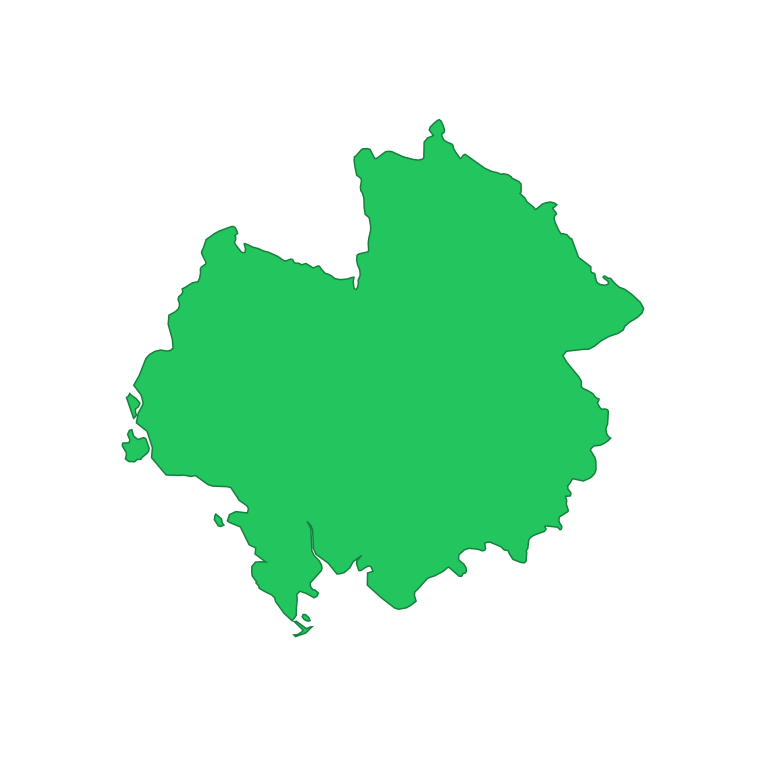 SVG path tracing the border of Germany, rotated 221°
{"feature_id": "DEU", "entity_name": "Germany", "entity_type": "country or territory", "adm_level": 0, "iso_a3": "DEU", "parent_name": "Europe", "parent_adm1": "", "projection": "natural_earth1", "projection_center": [10.44, 51.169], "detail": "fine", "context": "isolated", "style": "filled", "palette": "green", "viewbox_px": 768, "rotation_deg": 221, "n_neighbors": 0, "source": "natural_earth", "source_scale": "50m", "svg_char_len": 6176}
<svg xmlns="http://www.w3.org/2000/svg" viewBox="0 0 768 768"><g transform="rotate(221 384 384)"><path d="M337.5,616.7L320.2,607.2L304.8,608.2L302.2,605.1L300.3,604.2L298.3,605.4L297.0,605.3L291.4,601.0L289.1,600.4L285.9,601.0L282.1,603.3L280.4,606.1L280.9,607.7L282.8,608.5L288.0,608.0L288.7,608.4L288.9,609.4L288.3,610.3L284.1,611.0L282.9,612.1L281.7,612.3L276.5,611.4L269.9,611.4L264.5,613.4L256.0,614.2L244.3,613.8L237.6,611.4L235.8,607.0L236.4,600.5L239.2,592.0L240.1,585.7L238.9,581.7L240.6,575.7L245.3,567.7L248.4,559.3L250.0,550.4L252.3,544.6L256.6,540.6L267.8,528.4L267.6,522.8L260.8,520.4L241.1,517.1L236.8,515.5L233.1,511.3L230.7,511.2L226.1,512.7L220.3,513.7L216.2,512.8L213.6,513.0L212.1,513.8L211.3,513.1L210.4,509.5L204.8,507.7L202.7,508.0L201.2,509.9L198.9,511.1L196.9,510.7L188.9,500.4L188.5,498.7L187.0,495.6L183.2,492.5L179.4,491.5L177.4,491.9L177.7,488.0L179.3,482.4L180.8,479.5L182.8,477.1L184.8,475.4L185.3,472.4L185.1,469.6L176.9,467.0L173.5,464.8L167.7,458.3L166.3,454.4L166.4,450.5L167.1,447.6L169.9,441.6L179.5,436.3L178.6,430.9L178.5,427.6L176.2,425.4L171.6,424.5L170.4,423.0L170.0,421.6L173.4,418.3L169.4,415.7L167.7,413.0L162.1,409.6L161.5,408.4L164.4,398.5L162.4,395.6L159.8,394.2L156.8,393.4L155.5,392.1L155.0,390.5L155.6,389.5L159.1,389.8L168.8,383.0L169.2,381.9L166.5,380.9L166.2,378.1L170.9,369.7L172.3,366.2L172.7,363.6L172.4,361.2L167.5,354.1L167.4,351.7L165.6,350.3L160.6,343.7L160.7,341.1L163.6,339.1L171.6,336.2L178.1,338.1L181.0,339.7L184.4,337.6L189.0,337.9L200.3,334.2L202.0,332.5L203.3,330.6L203.4,329.8L199.1,326.2L199.0,324.9L199.6,323.4L200.9,322.3L203.4,321.5L206.2,319.9L212.3,315.5L214.5,311.6L215.4,304.4L213.8,301.9L212.1,300.3L205.4,300.4L201.3,299.0L199.0,296.8L198.5,294.8L199.6,293.6L199.9,292.1L199.3,290.5L199.6,289.3L201.4,288.2L214.6,288.3L215.6,287.1L216.5,281.2L220.0,272.2L223.1,267.2L223.7,265.0L223.8,253.2L224.3,247.1L222.2,244.3L217.3,241.2L218.5,234.8L220.2,229.8L225.2,223.6L229.1,221.9L246.0,220.9L264.7,221.3L272.4,230.6L269.4,235.4L274.0,237.6L276.2,236.8L277.9,232.7L279.0,228.1L280.6,226.7L286.4,230.1L288.4,232.5L288.4,240.1L290.7,229.8L289.2,222.6L290.3,215.6L292.7,212.0L294.8,209.7L308.5,212.2L323.6,210.9L329.3,213.6L342.2,227.0L346.5,229.2L352.0,229.9L344.5,227.0L328.9,210.7L324.2,208.7L317.0,208.1L312.5,206.5L309.7,204.0L308.9,201.8L309.1,185.4L306.5,182.9L303.0,182.1L300.8,183.2L296.3,183.2L295.4,179.5L296.6,176.8L305.5,174.9L311.5,172.4L311.8,167.9L308.1,164.4L303.6,158.0L298.5,152.0L297.9,145.0L309.3,145.4L323.1,148.7L326.4,151.0L330.7,151.1L338.3,149.0L344.1,148.0L346.3,149.4L350.1,149.9L350.4,151.1L357.6,152.7L360.5,155.4L363.9,159.4L364.2,165.2L359.9,169.4L356.3,172.1L369.8,171.1L373.2,176.1L380.4,174.2L398.6,181.9L409.6,178.2L412.4,177.9L414.9,184.1L412.2,190.4L402.5,197.1L404.7,201.2L407.8,202.1L416.9,201.2L431.4,205.3L434.5,204.0L446.1,194.7L450.8,192.6L466.3,191.2L469.0,187.6L475.3,183.9L479.3,180.0L488.8,172.4L511.1,175.9L517.0,184.0L531.9,192.9L545.4,192.2L550.3,200.6L552.7,211.1L556.9,214.3L560.6,216.5L572.1,218.9L574.3,229.8L580.4,247.1L580.3,252.4L578.3,258.3L574.7,263.3L569.8,266.1L567.2,269.3L566.7,272.7L573.0,278.8L586.1,287.5L591.5,294.9L589.1,301.1L588.5,305.7L589.5,308.6L591.6,310.9L594.8,312.6L596.2,315.3L595.6,319.0L596.2,321.5L598.7,323.3L597.4,326.6L595.0,334.6L591.5,339.2L592.7,343.2L595.6,347.8L597.9,350.1L598.6,352.3L597.3,357.6L598.0,358.9L607.2,362.8L608.7,364.6L609.6,368.3L613.0,376.3L610.6,386.3L608.4,391.9L602.6,402.5L601.0,404.1L598.9,404.3L595.6,403.1L593.3,401.7L593.8,397.9L592.3,397.6L590.5,395.3L589.8,392.8L587.8,391.8L578.4,390.0L576.6,390.5L575.3,392.3L577.5,395.5L581.4,397.9L581.0,398.9L572.7,401.3L567.5,403.8L562.6,405.2L557.6,407.7L547.8,410.6L540.6,411.4L539.0,412.1L536.4,417.0L534.6,418.0L531.5,416.7L529.8,417.3L528.1,418.9L526.3,419.6L524.7,419.6L521.9,423.8L513.6,425.1L511.2,429.9L510.0,430.5L506.2,429.5L501.1,428.9L498.1,430.3L494.6,431.1L490.2,431.3L485.4,434.1L480.7,439.0L478.1,443.4L476.7,444.9L474.3,440.9L469.5,436.6L467.7,436.6L467.2,437.2L467.2,439.3L469.2,442.9L471.6,445.3L473.2,450.3L476.7,453.9L482.2,456.7L485.9,459.5L488.7,463.3L488.7,464.5L488.0,466.1L482.7,473.4L483.6,475.1L488.2,479.8L491.1,484.0L495.0,491.3L497.5,494.3L504.3,499.8L509.5,499.7L514.9,504.3L520.9,510.9L525.4,513.9L528.5,514.8L531.1,517.2L534.3,522.5L536.3,524.0L541.7,523.7L548.7,529.1L553.1,533.0L555.4,536.2L554.8,537.4L554.8,545.6L554.1,547.8L551.0,550.7L548.6,551.9L539.0,548.1L537.6,549.3L535.2,560.3L533.5,562.4L530.8,564.4L518.7,568.0L509.3,572.6L505.1,575.4L502.4,578.9L502.4,580.9L512.4,592.9L512.5,598.3L509.7,603.9L516.6,605.4L517.7,608.2L517.4,613.2L516.6,617.8L515.8,619.7L513.4,619.9L508.9,617.9L505.3,615.6L503.9,614.1L503.8,612.4L504.6,611.4L503.3,609.3L498.9,607.3L494.2,608.2L490.8,609.5L488.6,609.4L486.1,607.5L482.4,606.1L474.6,604.1L473.9,604.7L474.3,608.8L473.4,610.6L449.5,612.9L442.2,615.1L436.9,617.9L433.0,619.2L432.0,620.9L428.1,623.2L423.7,623.9L422.7,623.2L415.1,625.3L411.9,624.9L407.5,620.2L406.3,618.3L406.4,617.0L399.7,616.8L395.5,615.3L386.5,615.6L384.3,615.0L383.8,615.7L382.5,623.7L380.7,627.0L377.8,630.5L374.1,632.4L371.2,632.7L371.3,630.2L372.1,627.2L366.7,626.2L365.2,625.3L365.6,623.0L364.9,621.6L363.6,620.0L360.4,618.0L353.6,614.9L349.0,613.4L347.3,615.0L344.0,616.6L338.8,616.1L337.5,616.7ZM544.4,177.7L545.7,182.0L544.4,184.1L538.9,180.5L533.3,180.6L530.1,186.1L527.6,186.3L519.0,181.3L517.6,178.9L517.3,176.8L518.4,169.8L518.2,167.6L520.8,165.1L521.2,161.7L525.9,158.0L530.1,157.8L531.5,160.9L533.5,163.1L540.6,165.5L541.7,166.6L542.4,168.1L539.1,171.1L538.0,172.6L539.1,175.1L544.4,177.7ZM569.5,204.9L568.9,206.9L569.7,210.0L567.7,209.7L561.6,210.4L555.6,209.4L554.4,205.7L555.2,202.0L552.8,199.5L550.5,198.1L550.2,196.0L550.5,193.8L569.5,204.9ZM280.2,152.3L279.0,153.6L279.7,144.7L285.1,135.3L287.4,135.5L285.0,138.0L284.3,139.8L283.4,143.4L283.8,145.2L295.9,145.8L294.5,147.4L282.1,148.5L280.2,152.3ZM425.6,175.5L418.1,175.6L415.2,173.1L412.3,172.5L413.8,169.4L415.9,168.2L423.1,170.3L425.4,174.2L425.6,175.5ZM293.8,157.0L291.9,158.5L287.2,158.3L284.6,156.9L285.5,155.4L288.0,154.2L290.0,154.0L293.1,154.7L293.8,157.0Z" fill="#22c55e" stroke="#15803d" stroke-width="1.5"/></g></svg>